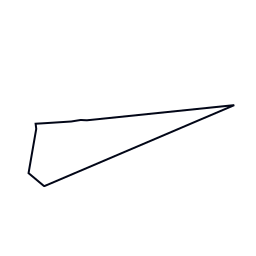 the district of N'beiket Lehouach, Hodh ech Chargui, Mauritania, rotated 73°
{"feature_id": "47542326B78705057775708", "entity_name": "N'beiket Lehouach", "entity_type": "district", "adm_level": 2, "iso_a3": "MRT", "parent_name": "Mauritania", "parent_adm1": "Hodh ech Chargui", "projection": "natural_earth1", "projection_center": [-6.344, 18.2], "detail": "fine", "context": "isolated", "style": "outline", "palette": "ink", "viewbox_px": 256, "rotation_deg": 73, "n_neighbors": 0, "source": "geoboundaries", "source_scale": "gbopen_adm2", "svg_char_len": 318}
<svg xmlns="http://www.w3.org/2000/svg" viewBox="0 0 256 256"><g transform="rotate(73 128 128)"><path d="M158.8,225.4L159.1,224.8L137.2,19.7L108.6,165.1L106.5,170.9L105.4,178.8L105.2,180.3L99.0,206.5L96.9,215.1L102.0,216.0L123.5,226.9L142.1,236.3L158.8,225.4Z" fill="none" stroke="#020617" stroke-width="2"/></g></svg>